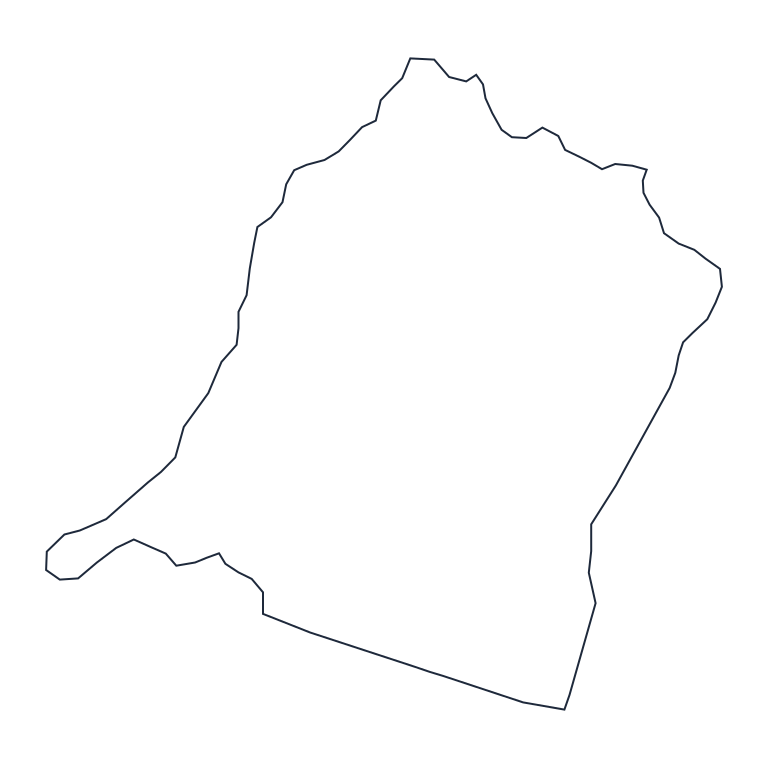 Campo Grande, Alagoas, Brazil (Mercator projection)
{"feature_id": "56859067B11440381309792", "entity_name": "Campo Grande", "entity_type": "district", "adm_level": 2, "iso_a3": "BRA", "parent_name": "Brazil", "parent_adm1": "Alagoas", "projection": "mercator", "projection_center": [-36.753, -9.965], "detail": "fine", "context": "isolated", "style": "outline", "palette": "slate", "viewbox_px": 768, "rotation_deg": 0, "n_neighbors": 0, "source": "geoboundaries", "source_scale": "gbopen_adm2", "svg_char_len": 1287}
<svg xmlns="http://www.w3.org/2000/svg" viewBox="0 0 768 768"><path d="M669.7,387.9L675.3,372.8L678.7,355.4L683.1,342.3L692.4,333.1L707.3,319.2L715.6,302.6L721.9,286.8L720.0,268.9L705.6,258.7L694.3,249.8L678.7,243.6L664.0,233.2L659.1,217.6L649.6,204.7L643.5,192.8L642.8,180.6L646.7,169.7L632.3,165.7L615.2,164.0L602.0,169.2L591.2,162.8L580.0,157.1L565.1,149.9L558.3,136.0L542.4,127.6L526.3,138.0L511.9,137.2L501.6,129.8L492.3,113.2L485.5,98.3L483.0,84.4L476.2,74.8L466.2,81.4L449.1,77.0L434.2,59.6L410.3,58.4L402.2,78.2L393.9,86.4L380.7,100.3L375.8,120.6L362.1,127.1L350.2,139.7L338.7,151.4L324.5,160.0L306.7,164.8L294.2,170.2L286.2,184.3L282.5,202.2L271.0,217.3L257.4,227.0L254.2,242.9L249.8,268.4L246.6,295.2L238.5,311.8L238.5,328.2L236.6,344.8L221.5,361.9L208.3,393.1L183.8,426.9L175.3,457.4L160.9,472.0L148.2,482.2L125.0,502.5L106.2,519.1L79.8,530.5L64.4,534.5L46.8,551.6L46.1,570.0L59.8,579.6L78.1,578.4L96.9,562.5L116.2,547.9L133.8,539.5L150.9,547.1L165.8,553.6L176.3,565.7L195.1,562.5L206.6,557.8L219.0,553.3L225.4,563.8L238.5,572.4L251.7,578.9L263.0,592.3L263.0,613.9L310.1,632.5L415.1,666.9L429.8,671.9L443.0,675.9L523.1,702.4L564.4,709.6L569.5,695.0L595.6,603.2L588.8,572.7L591.2,551.1L591.2,524.3L615.9,485.4L669.7,387.9Z" fill="none" stroke="#1e293b" stroke-width="2"/></svg>